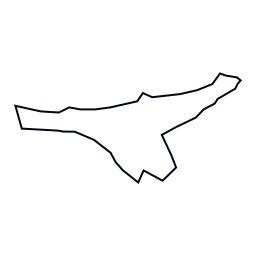 Babites, Natural Earth projection
{"feature_id": "LVA-5756", "entity_name": "Babites", "entity_type": "Municipality", "adm_level": 1, "iso_a3": "LVA", "parent_name": "Latvia", "parent_adm1": "", "projection": "natural_earth1", "projection_center": [23.789, 56.896], "detail": "fine", "context": "isolated", "style": "outline", "palette": "ink", "viewbox_px": 256, "rotation_deg": 0, "n_neighbors": 0, "source": "natural_earth", "source_scale": "10m", "svg_char_len": 571}
<svg xmlns="http://www.w3.org/2000/svg" viewBox="0 0 256 256"><path d="M220.0,73.5L225.9,75.6L237.0,77.4L240.6,80.4L237.6,83.9L235.2,88.7L217.7,98.9L214.8,103.5L203.7,109.4L195.8,117.6L176.8,126.7L161.8,134.9L171.3,155.2L176.1,167.5L162.6,180.7L143.6,170.5L138.2,182.5L122.5,170.0L115.6,162.0L110.6,152.8L93.9,139.8L74.7,131.7L63.5,131.6L57.7,130.6L21.8,128.6L15.4,105.8L40.7,111.4L58.9,112.5L69.2,107.4L80.3,109.4L95.3,109.4L110.3,107.4L137.3,101.3L142.8,93.1L152.3,97.2L180.0,94.1L197.4,90.1L212.4,84.0L220.0,73.5Z" fill="none" stroke="#020617" stroke-width="2"/></svg>